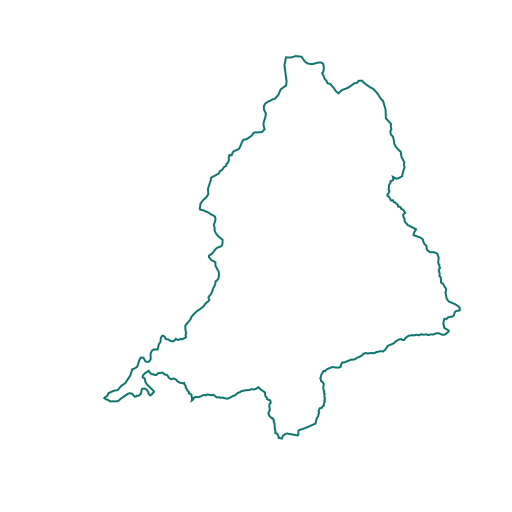 outline of Sao Salvador Do Mundo, São Salvador do Mundo, Cabo Verde, rotated 165°
{"feature_id": "66160863B42982614395502", "entity_name": "Sao Salvador Do Mundo", "entity_type": "district", "adm_level": 2, "iso_a3": "CPV", "parent_name": "Cabo Verde", "parent_adm1": "São Salvador do Mundo", "projection": "albers", "projection_center": [-23.615, 15.088], "detail": "fine", "context": "isolated", "style": "outline", "palette": "teal", "viewbox_px": 512, "rotation_deg": 165, "n_neighbors": 0, "source": "geoboundaries", "source_scale": "gbopen_adm2", "svg_char_len": 6046}
<svg xmlns="http://www.w3.org/2000/svg" viewBox="0 0 512 512"><g transform="rotate(165 256 256)"><path d="M111.7,398.7L113.3,397.2L116.1,397.3L123.6,394.7L130.1,394.0L134.2,391.8L136.3,394.7L137.1,397.5L139.8,403.0L142.2,404.3L142.7,407.4L143.8,409.0L144.1,412.8L144.8,415.4L143.4,416.5L142.0,419.3L141.3,423.6L141.9,425.0L143.3,426.2L145.6,426.7L152.4,426.8L156.1,428.5L158.5,431.2L160.5,436.7L165.8,438.8L171.2,438.7L175.6,440.1L179.1,433.1L181.3,416.6L182.8,413.0L189.1,410.5L192.8,405.7L197.3,402.9L199.5,403.1L201.5,402.3L204.0,402.1L207.3,401.0L209.6,398.8L210.4,395.4L209.6,391.0L211.3,387.2L213.6,383.8L214.9,380.7L214.9,376.2L217.9,374.4L219.4,374.3L225.2,375.7L226.7,375.4L228.9,373.4L233.5,371.7L235.7,371.3L238.1,371.6L240.0,369.7L243.6,365.0L245.2,363.7L250.1,363.0L251.3,362.4L253.5,359.6L255.2,360.0L255.2,361.1L257.0,357.8L257.3,355.7L259.1,353.3L260.8,352.5L261.5,350.7L263.5,350.4L266.6,347.9L269.2,347.1L270.5,345.3L279.0,343.3L280.2,340.8L285.0,333.3L286.1,328.0L288.6,325.8L292.7,323.6L296.1,320.9L298.1,316.1L297.8,315.1L295.6,314.1L290.4,310.0L288.8,307.9L286.8,306.4L285.5,304.6L285.6,301.8L288.6,297.0L288.8,293.1L289.5,291.4L288.7,287.7L287.0,284.3L284.1,280.4L284.9,277.4L286.0,275.2L287.8,274.3L291.1,274.1L292.8,273.4L298.1,269.5L301.2,268.6L301.8,267.1L300.2,263.6L296.8,260.5L297.7,257.0L296.1,250.5L296.6,247.7L297.2,245.6L298.8,243.3L300.4,242.3L301.6,242.0L302.6,239.4L305.3,236.3L308.4,231.9L310.2,230.1L312.0,229.1L312.8,227.8L312.3,225.9L313.2,224.9L317.3,223.0L319.5,221.1L323.2,219.4L327.6,217.9L332.2,215.3L334.3,213.7L335.6,211.9L342.3,207.0L343.2,203.4L343.5,199.7L344.4,198.1L344.7,195.6L349.1,194.6L349.9,195.4L352.9,195.0L354.9,196.7L355.7,195.9L357.9,195.0L358.8,195.1L361.6,196.9L362.1,198.1L364.0,198.7L364.7,199.4L365.1,201.5L366.0,202.7L366.5,203.1L367.6,203.1L369.3,201.1L370.5,197.7L372.6,196.0L375.3,191.1L378.8,192.2L381.2,191.4L383.1,189.0L384.4,183.7L386.3,181.9L387.5,181.7L389.4,182.2L390.0,182.8L391.1,186.9L393.6,187.7L396.1,185.1L398.4,181.1L399.8,179.6L402.6,178.7L404.8,178.7L408.3,173.2L415.3,166.9L419.8,165.4L424.0,162.5L425.5,162.3L427.6,162.7L433.6,161.8L434.6,161.1L435.8,159.4L438.6,158.5L439.3,158.0L437.8,156.2L436.4,155.5L434.7,153.4L427.8,151.6L426.2,151.8L423.3,153.3L415.8,155.9L413.6,156.2L411.2,154.9L409.5,151.4L408.2,151.3L407.5,151.9L405.2,151.4L402.9,152.7L400.8,156.6L400.2,157.2L399.4,157.1L397.5,156.5L396.3,155.4L395.2,152.2L395.5,150.9L394.4,148.9L393.7,148.7L389.8,151.1L389.7,151.9L394.5,160.1L395.4,162.8L395.2,166.0L395.6,167.0L396.7,167.7L396.9,168.4L395.9,170.1L392.7,171.9L389.4,172.9L389.3,171.7L388.5,170.8L387.8,169.2L386.9,168.6L385.8,168.4L385.6,168.0L384.0,167.1L383.0,166.9L380.8,168.1L376.7,167.6L375.5,166.2L375.2,165.4L372.7,164.1L371.6,160.9L370.1,159.0L369.1,158.9L368.1,159.2L366.2,158.3L365.1,157.2L364.7,155.8L362.5,153.4L360.0,152.2L358.2,151.9L358.5,150.8L357.5,148.7L358.0,147.1L357.1,145.0L357.2,143.9L355.8,141.5L356.4,140.8L354.2,138.5L354.6,137.4L354.5,135.3L355.5,132.9L354.5,133.3L352.5,135.1L351.4,135.5L347.7,134.5L342.2,135.3L340.3,134.3L339.6,134.8L338.3,134.7L336.0,133.3L333.0,132.9L330.6,129.7L328.2,129.0L327.3,128.3L325.2,128.0L321.3,125.8L319.4,125.6L314.0,126.8L313.2,126.7L311.1,127.3L309.3,128.4L306.5,128.7L305.1,129.3L300.2,128.9L296.9,128.2L295.1,128.6L292.9,127.7L290.1,127.7L287.7,128.7L286.4,126.4L282.7,121.9L283.2,118.5L282.2,116.1L282.4,115.0L281.5,114.0L280.0,113.3L279.6,112.6L279.8,110.3L281.1,109.6L281.9,108.1L282.5,103.7L284.7,101.1L284.6,98.4L282.8,95.2L282.3,95.2L282.4,94.8L281.6,94.2L281.2,92.6L281.8,91.4L281.4,90.0L282.6,83.7L282.5,81.9L283.2,80.1L281.4,78.7L280.9,75.7L281.2,74.4L278.3,73.0L276.5,75.4L274.1,76.4L272.3,76.6L262.1,71.9L261.1,73.2L260.4,76.0L259.6,76.6L252.3,77.1L241.8,78.8L239.8,82.9L237.2,85.4L236.9,86.6L235.6,88.2L235.8,89.7L233.9,92.4L231.5,92.4L230.6,93.5L229.2,93.9L228.9,95.6L227.1,97.7L227.4,98.8L226.3,100.4L226.4,101.9L225.4,105.3L225.8,105.9L225.0,107.7L225.5,108.3L225.0,112.0L223.6,114.8L224.4,117.2L225.5,118.2L225.3,120.0L225.6,121.0L223.5,124.6L220.4,127.5L219.0,126.9L218.2,127.7L216.6,128.3L211.1,129.0L206.4,127.1L204.5,126.8L202.8,127.1L202.1,129.0L200.1,130.9L198.1,130.3L191.0,131.3L189.5,130.8L187.0,130.7L184.6,131.6L182.6,131.7L178.9,132.7L177.6,133.8L174.7,133.8L173.6,132.9L170.6,132.6L166.6,131.5L164.6,132.1L163.2,131.8L161.1,132.0L157.9,130.9L155.2,132.2L152.0,135.1L145.8,135.9L143.0,137.4L140.3,138.2L137.4,138.3L135.9,136.7L134.5,136.7L132.8,138.1L129.3,139.5L125.5,139.1L123.8,138.3L121.8,138.5L119.0,137.2L116.8,137.7L115.1,136.8L111.4,136.1L110.3,135.1L106.7,134.9L105.4,134.3L102.5,134.6L99.8,134.3L96.1,131.5L93.8,131.2L89.8,132.9L89.1,134.0L92.8,138.0L92.5,140.5L92.7,141.8L91.4,144.8L90.2,146.6L88.7,146.0L87.7,146.1L86.3,147.1L81.9,146.7L80.3,147.4L78.6,150.2L77.3,150.9L74.9,151.0L74.1,150.6L73.1,151.0L72.7,153.1L73.6,155.1L76.4,158.1L81.6,162.2L82.9,165.4L82.4,172.0L81.4,173.3L80.9,175.2L81.9,177.9L82.5,180.8L84.0,182.3L84.1,182.9L83.3,185.5L83.2,187.7L84.0,189.2L83.1,191.4L83.2,194.8L82.8,195.7L81.4,196.7L81.6,198.6L81.2,200.4L81.8,201.0L81.6,202.8L79.9,207.3L80.3,209.0L80.1,210.8L80.7,211.7L83.3,213.7L87.0,214.6L89.0,217.4L89.2,219.2L88.8,221.8L90.1,223.7L90.7,226.6L90.5,228.4L91.8,230.7L98.4,235.4L97.3,237.7L94.5,240.4L101.7,246.8L101.8,247.6L103.1,250.0L103.4,251.7L102.9,253.4L103.4,254.9L103.3,257.5L103.1,257.9L100.8,259.1L101.0,260.1L102.0,262.8L103.6,263.9L103.7,265.7L106.0,267.1L105.6,268.3L107.8,271.7L108.9,272.4L109.4,274.5L111.2,274.6L112.2,278.9L113.5,280.1L113.0,281.6L111.9,282.1L110.2,284.4L110.8,286.0L109.8,287.7L109.3,290.0L107.0,292.1L106.7,293.5L105.7,293.4L103.9,293.8L103.3,295.1L103.3,297.0L100.5,294.3L98.0,294.3L94.3,295.2L91.5,300.5L89.6,303.1L89.5,305.8L88.5,308.1L89.8,313.8L89.3,319.4L90.9,321.6L92.7,325.3L93.4,328.7L92.8,332.9L92.9,336.0L94.3,338.5L94.1,341.1L93.5,342.4L92.6,342.9L92.1,347.2L91.3,348.4L94.9,355.4L92.9,364.1L93.2,373.1L94.5,375.0L97.0,382.5L99.9,387.6L101.5,388.8L105.1,393.0L107.0,395.5L108.2,397.9L111.7,398.7Z" fill="none" stroke="#0f766e" stroke-width="2"/></g></svg>